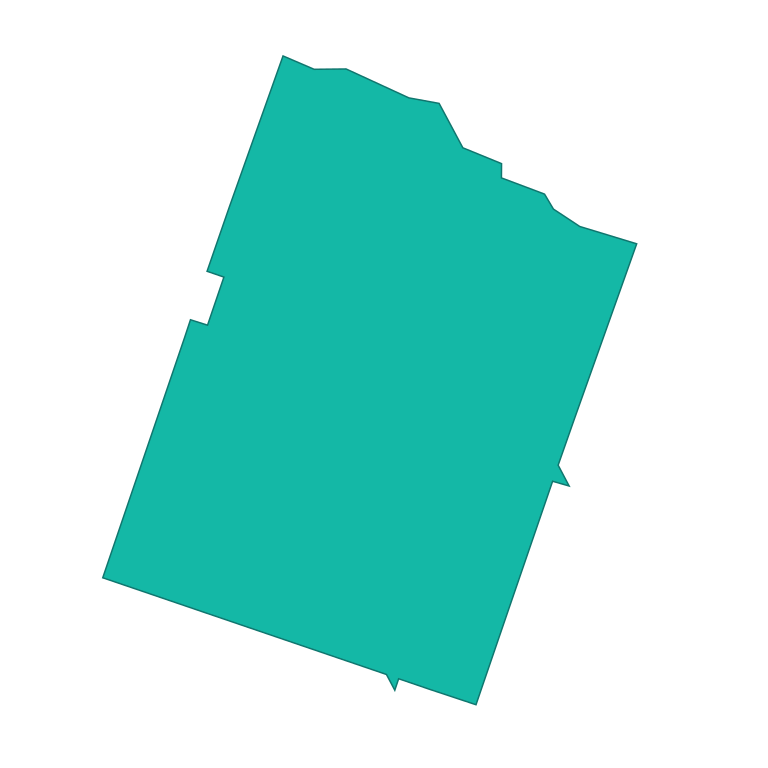 Colquitt, Georgia, United States of America, rotated 288°
{"feature_id": "52423323B91495403121400", "entity_name": "Colquitt", "entity_type": "district", "adm_level": 2, "iso_a3": "USA", "parent_name": "United States of America", "parent_adm1": "Georgia", "projection": "robinson", "projection_center": [-83.721, 31.18], "detail": "fine", "context": "isolated", "style": "filled", "palette": "teal", "viewbox_px": 768, "rotation_deg": 288, "n_neighbors": 0, "source": "geoboundaries", "source_scale": "gbopen_adm2", "svg_char_len": 530}
<svg xmlns="http://www.w3.org/2000/svg" viewBox="0 0 768 768"><g transform="rotate(288 384 384)"><path d="M411.3,575.9L595.4,581.0L594.3,521.5L602.7,491.1L614.2,478.0L616.3,432.0L629.9,427.7L633.0,386.0L667.9,349.7L663.8,319.2L671.9,250.6L661.7,220.3L664.8,186.6L504.3,182.2L436.5,180.9L436.2,198.7L385.4,198.0L385.3,180.1L366.4,180.0L112.8,176.4L108.5,476.1L96.1,488.9L108.2,489.0L107.7,522.6L107.4,570.6L204.4,572.1L343.6,574.4L344.2,591.6L360.6,574.7L411.3,575.9Z" fill="#14b8a6" stroke="#0f766e" stroke-width="1.5"/></g></svg>